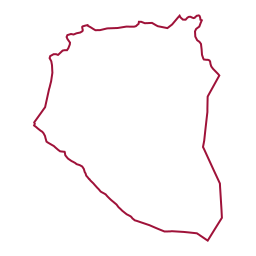 Al-Hasakeh, Hasaka (Al Haksa), Syria (Albers equal-area conic projection)
{"feature_id": "27442178B13029247631939", "entity_name": "Al-Hasakeh", "entity_type": "district", "adm_level": 2, "iso_a3": "SYR", "parent_name": "Syria", "parent_adm1": "Hasaka (Al Haksa)", "projection": "albers", "projection_center": [40.726, 36.168], "detail": "fine", "context": "isolated", "style": "outline", "palette": "rose", "viewbox_px": 256, "rotation_deg": 0, "n_neighbors": 0, "source": "geoboundaries", "source_scale": "gbopen_adm2", "svg_char_len": 2655}
<svg xmlns="http://www.w3.org/2000/svg" viewBox="0 0 256 256"><path d="M219.3,75.5L218.1,74.0L213.1,68.9L211.3,66.5L210.5,64.0L210.1,61.5L209.4,60.4L207.9,59.8L206.5,59.8L203.9,59.5L203.3,58.6L202.0,54.8L201.6,49.2L201.1,45.1L201.0,44.0L200.1,42.7L199.4,41.8L197.7,40.6L197.1,40.1L196.7,39.3L195.3,36.6L195.0,31.4L196.1,29.0L197.1,28.2L199.3,26.6L200.2,24.2L200.8,22.6L201.8,20.3L200.4,19.7L200.4,19.1L200.2,17.8L199.7,16.2L199.2,15.6L198.5,15.4L197.4,15.7L196.7,15.8L196.2,16.3L196.0,16.5L195.3,17.0L194.7,17.8L193.5,18.1L191.5,17.3L190.6,16.8L189.5,16.8L188.7,16.9L187.4,17.7L186.4,18.8L185.6,19.7L185.4,19.7L182.9,19.6L180.5,17.4L179.6,15.7L178.0,17.5L172.1,24.5L167.4,28.1L157.8,26.2L156.1,25.3L152.0,22.9L148.0,23.1L144.8,23.2L141.2,21.8L138.9,21.8L138.6,23.8L137.3,24.9L136.0,26.1L135.8,26.2L134.0,26.7L126.3,26.6L117.7,28.0L107.2,28.4L100.1,30.1L95.4,30.2L93.5,29.1L90.5,27.2L87.9,25.8L87.6,25.1L84.9,25.7L84.6,25.8L84.3,25.9L82.6,26.4L82.2,26.9L82.2,27.1L82.3,28.1L82.8,30.1L82.4,31.2L80.3,32.5L77.4,33.1L76.5,33.3L76.0,33.5L73.6,34.5L71.0,34.0L67.4,35.1L66.6,37.0L67.5,39.1L70.0,42.6L69.8,44.5L68.3,48.3L67.9,48.9L67.0,50.2L64.5,50.2L62.6,50.6L62.2,51.0L60.0,53.1L58.4,54.6L58.0,54.9L56.1,54.2L53.6,54.2L50.2,56.1L49.6,58.1L51.3,61.3L52.0,65.2L52.3,71.2L52.4,72.7L52.1,74.7L51.1,81.4L50.5,83.7L49.6,87.4L49.1,89.0L45.1,107.2L43.2,109.8L42.8,110.4L35.7,120.3L35.1,121.1L34.2,122.4L34.8,123.8L34.1,125.5L36.1,127.0L37.7,128.4L40.6,130.7L42.2,131.7L43.5,133.2L45.0,136.0L45.5,138.1L46.5,141.6L47.6,142.4L49.8,143.7L52.2,145.1L53.8,146.0L55.3,147.4L58.2,149.9L60.1,151.3L61.6,151.5L64.6,151.8L64.8,152.4L65.3,155.3L66.8,157.2L68.1,158.7L69.3,159.5L71.6,161.1L72.7,161.6L75.4,163.1L76.5,164.1L79.7,165.1L82.2,166.5L83.8,168.9L84.4,170.9L84.7,172.0L85.6,173.5L86.2,175.6L87.6,177.2L89.1,179.1L89.4,179.1L90.4,180.5L93.4,183.4L94.5,184.7L97.2,187.7L98.7,189.2L100.7,191.6L101.4,192.0L102.1,192.4L104.0,193.4L105.7,194.4L106.6,195.5L107.7,196.7L109.4,198.4L111.1,200.0L116.5,204.5L118.6,207.3L119.3,207.9L120.7,209.2L122.3,210.8L126.7,214.3L128.5,215.2L130.7,216.4L131.8,217.5L132.4,218.4L133.7,219.4L134.7,220.3L136.8,220.9L140.9,222.3L142.4,222.8L149.5,225.2L155.5,227.8L158.6,229.1L164.5,231.5L170.0,231.4L171.9,231.2L178.3,231.6L183.3,231.9L188.5,232.4L196.9,233.3L206.2,239.6L207.7,240.6L214.9,229.0L221.9,217.8L221.5,209.9L220.2,188.9L220.1,187.5L219.9,183.5L218.1,179.6L213.3,169.3L204.5,150.1L203.8,148.6L203.0,147.0L203.7,143.3L203.8,142.9L203.9,142.2L204.2,140.7L205.4,129.6L206.9,116.3L207.4,112.0L207.4,108.6L207.5,103.6L207.6,99.1L207.6,97.9L207.7,96.5L210.0,92.3L212.0,88.7L219.3,75.5Z" fill="none" stroke="#9f1239" stroke-width="2"/></svg>